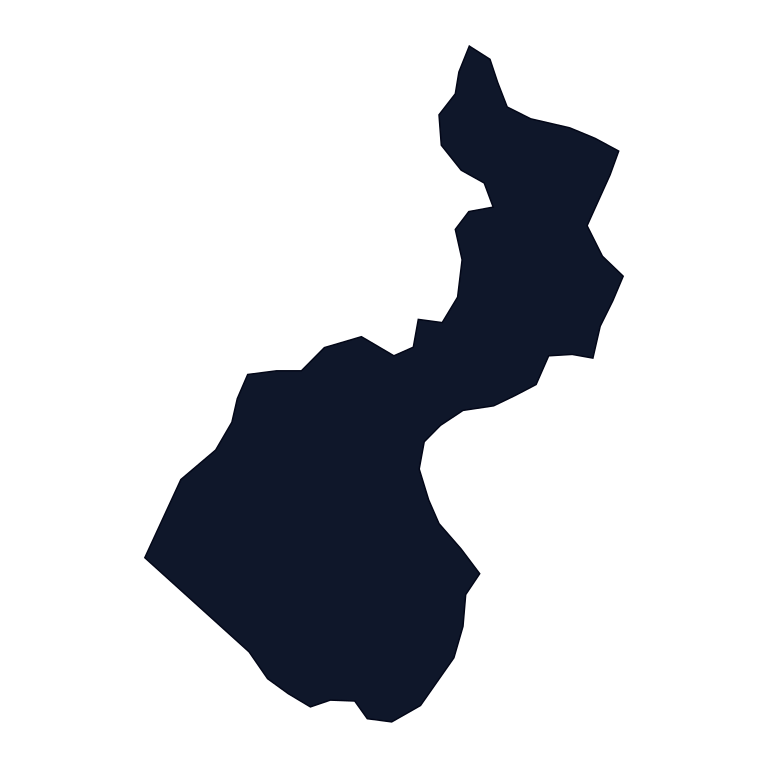 outline of Bayeux, Paraíba, Brazil
{"feature_id": "56859067B44208898330061", "entity_name": "Bayeux", "entity_type": "district", "adm_level": 2, "iso_a3": "BRA", "parent_name": "Brazil", "parent_adm1": "Paraíba", "projection": "orthographic", "projection_center": [-34.916, -7.125], "detail": "fine", "context": "isolated", "style": "filled", "palette": "ink", "viewbox_px": 768, "rotation_deg": 0, "n_neighbors": 0, "source": "geoboundaries", "source_scale": "gbopen_adm2", "svg_char_len": 931}
<svg xmlns="http://www.w3.org/2000/svg" viewBox="0 0 768 768"><path d="M618.7,151.1L595.2,138.4L569.9,127.9L530.7,118.8L507.2,107.0L497.7,82.5L490.0,59.3L469.3,46.1L458.9,72.0L455.3,93.8L439.0,114.8L441.3,145.2L461.2,170.2L484.2,183.0L493.2,207.1L468.8,211.6L455.3,229.4L462.1,259.8L457.6,297.1L442.2,322.6L418.3,319.4L413.3,347.2L393.9,355.8L361.4,336.7L324.4,347.6L301.4,370.8L276.6,370.8L247.7,374.5L237.3,398.6L231.9,422.2L215.7,450.0L180.9,479.5L144.8,557.7L249.1,651.9L267.6,678.7L288.3,693.7L310.4,706.9L330.3,700.1L354.7,701.0L367.3,718.7L391.7,721.9L420.5,705.5L434.5,685.5L453.9,657.8L463.0,626.4L465.7,594.6L479.7,573.7L461.2,549.1L439.0,523.6L428.7,500.0L419.2,469.0L424.2,441.8L440.4,425.4L463.0,410.4L493.7,405.8L515.3,395.4L536.1,384.5L548.7,355.8L572.2,354.4L592.9,358.1L600.2,326.2L612.8,300.8L623.2,276.2L602.4,256.2L587.1,225.7L610.1,174.8L618.7,151.1Z" fill="#0f172a" stroke="#020617" stroke-width="1.5"/></svg>